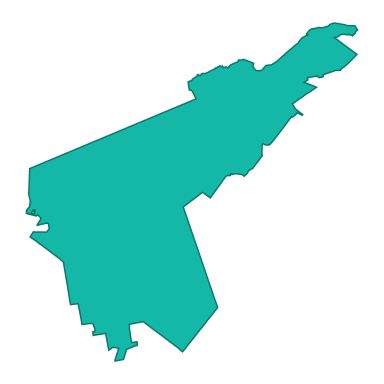 Babītes pag., Babites, Latvia (Albers equal-area conic projection)
{"feature_id": "27541924B20304817585286", "entity_name": "Babītes pag.", "entity_type": "district", "adm_level": 2, "iso_a3": "LVA", "parent_name": "Latvia", "parent_adm1": "Babites", "projection": "albers", "projection_center": [23.861, 56.895], "detail": "fine", "context": "isolated", "style": "filled", "palette": "teal", "viewbox_px": 384, "rotation_deg": 0, "n_neighbors": 0, "source": "geoboundaries", "source_scale": "gbopen_adm2", "svg_char_len": 5409}
<svg xmlns="http://www.w3.org/2000/svg" viewBox="0 0 384 384"><path d="M30.2,237.1L35.9,240.9L40.5,244.5L40.8,244.5L41.3,244.9L44.0,247.0L46.4,248.7L47.0,249.2L51.7,252.8L57.3,257.0L60.4,259.3L60.7,259.8L63.6,262.0L63.4,262.3L63.4,262.5L63.8,264.4L65.3,273.3L67.1,283.9L67.2,284.1L67.4,285.3L68.0,289.3L68.4,292.0L68.7,293.4L68.7,293.7L69.2,296.8L69.7,299.8L70.5,304.6L78.1,303.7L78.3,304.5L78.5,305.6L78.7,306.7L79.3,309.7L80.2,314.2L81.7,322.4L81.7,322.8L82.0,324.5L82.4,324.5L87.9,323.8L89.5,323.6L91.0,323.4L91.4,323.4L92.9,323.7L94.0,326.4L93.9,326.5L95.0,328.9L95.0,329.0L94.8,331.4L92.8,331.8L93.2,335.5L94.4,335.2L105.6,333.4L108.8,350.2L110.7,348.9L113.3,347.1L113.5,347.4L118.7,348.2L117.0,353.8L116.2,356.2L115.7,357.8L115.0,360.1L115.0,361.0L123.4,359.5L126.6,349.6L126.6,349.4L127.3,349.2L128.4,348.6L131.3,347.5L133.0,346.7L135.8,345.6L137.0,345.7L137.2,345.4L137.4,344.4L137.4,344.2L137.3,343.2L137.0,341.8L136.7,341.8L136.4,341.8L131.6,342.6L130.4,335.7L130.4,334.9L129.5,329.6L129.4,324.4L131.7,323.8L136.6,322.9L139.2,322.4L142.9,321.7L143.2,321.7L143.4,321.8L149.5,326.4L153.8,329.7L157.8,332.7L160.7,334.8L161.6,335.5L162.9,336.4L164.4,337.5L165.0,338.1L166.4,339.1L166.5,339.2L167.4,339.9L169.3,341.3L170.9,342.5L171.3,342.8L173.9,344.7L175.1,345.7L176.4,346.6L179.7,349.1L180.0,349.9L180.1,350.0L180.4,350.2L182.6,351.8L217.7,307.5L214.5,298.6L198.8,252.5L184.6,211.0L183.2,207.0L202.5,192.3L210.3,197.9L213.8,193.0L215.2,191.2L215.0,191.3L219.6,185.1L223.9,179.0L224.0,178.9L225.2,177.2L226.2,176.1L228.8,175.3L229.0,175.6L229.5,175.7L230.2,175.5L230.5,175.1L230.4,174.4L230.5,174.1L230.8,173.8L231.2,173.9L232.1,174.3L232.2,174.5L232.3,174.4L232.5,174.3L233.6,174.1L234.6,173.9L235.7,173.8L236.1,173.8L237.3,173.9L240.3,174.2L241.1,174.3L241.3,174.3L243.1,175.4L244.3,176.2L247.4,173.2L248.6,170.7L252.6,168.5L261.8,156.4L262.2,155.9L262.0,153.8L261.9,152.6L261.9,151.6L262.0,150.1L262.0,148.5L262.1,145.6L262.2,145.3L262.2,145.0L262.3,144.7L262.5,144.2L262.6,143.9L262.9,143.5L263.0,143.4L263.5,143.9L263.9,144.2L264.1,144.4L264.5,144.6L265.2,144.8L265.9,144.9L268.4,145.1L268.3,144.7L270.2,144.2L273.5,140.4L277.2,135.7L285.5,124.7L286.8,122.9L291.3,116.9L291.9,117.2L292.7,116.9L295.3,115.0L295.8,114.4L297.1,112.9L300.9,114.5L301.0,114.6L301.2,114.9L301.8,115.4L302.7,114.6L295.4,108.9L293.3,105.5L292.6,104.5L292.6,104.4L292.3,103.9L293.6,103.0L294.1,102.8L294.1,102.7L294.4,102.5L294.5,102.4L297.3,100.4L298.3,99.7L300.3,98.2L302.2,97.1L305.1,94.9L306.5,93.8L307.9,93.1L309.9,91.8L313.7,89.2L316.5,87.3L313.1,85.8L311.1,85.0L303.9,82.3L304.7,81.9L306.8,80.5L307.3,80.4L307.9,79.8L307.4,77.6L310.3,77.2L317.5,76.0L318.3,77.1L318.8,77.6L321.9,77.3L323.3,76.4L323.1,74.8L334.8,70.7L336.3,70.3L340.4,70.4L340.4,70.0L341.3,69.0L343.6,67.1L344.4,66.7L345.6,65.6L347.4,64.1L348.3,63.3L351.9,59.6L353.8,57.6L357.0,54.3L353.7,51.9L346.8,46.9L341.5,42.9L338.1,40.3L334.7,37.8L334.3,37.5L334.7,37.4L335.0,37.3L335.8,37.2L336.5,37.1L337.3,36.9L337.7,36.8L338.0,36.6L338.4,36.4L339.5,35.4L340.0,35.0L340.4,34.8L341.0,34.6L341.6,34.5L342.3,34.4L342.5,34.4L343.4,34.2L348.0,34.9L348.8,34.1L350.1,35.0L351.2,35.0L352.6,36.0L353.8,33.9L354.3,34.2L355.1,33.4L355.8,31.4L356.2,31.1L357.6,29.9L356.5,28.3L355.7,27.0L355.5,26.8L355.1,25.9L351.0,25.7L347.5,25.6L344.0,24.6L339.7,23.9L334.0,23.0L330.0,24.4L328.1,26.2L321.5,27.9L319.1,27.4L317.1,27.9L315.9,28.1L313.3,28.9L313.1,28.8L312.4,28.7L311.5,29.0L311.2,29.1L309.7,30.0L308.5,31.3L306.5,34.0L307.8,34.9L306.2,35.7L304.4,36.6L302.8,37.4L301.8,38.0L301.2,38.7L301.0,39.0L298.8,42.1L298.2,43.1L294.9,45.5L294.4,45.9L292.8,47.4L290.2,49.6L287.1,52.2L286.8,52.4L280.1,58.5L277.3,61.1L274.1,63.1L271.4,64.8L270.9,64.9L266.4,65.4L265.8,65.6L265.3,66.2L264.9,66.7L264.0,67.6L262.4,69.7L260.1,70.8L258.2,70.7L257.7,70.8L255.4,70.1L252.8,66.5L253.7,63.5L253.7,63.3L252.2,62.7L244.9,59.9L243.4,59.4L243.1,59.3L242.3,59.9L241.8,60.0L240.0,60.2L238.9,59.8L237.8,61.6L237.5,61.9L234.9,63.0L232.3,64.1L230.6,64.9L228.7,66.9L228.2,67.9L226.1,66.9L225.9,66.8L223.5,67.9L223.1,67.2L223.1,67.3L222.6,66.3L221.1,66.5L220.1,65.8L218.3,67.0L218.2,66.8L217.5,67.1L216.4,68.0L216.0,68.1L215.4,68.0L215.0,68.4L214.9,69.0L213.3,69.6L212.0,70.2L210.9,70.7L209.7,71.5L209.2,71.7L208.8,71.9L207.0,72.8L204.9,73.6L202.8,73.4L201.1,74.2L201.2,74.5L201.1,74.8L200.2,75.8L199.5,75.4L198.8,75.2L198.5,74.5L197.3,75.0L197.4,75.7L196.5,76.4L194.7,77.7L193.3,78.5L192.6,79.0L191.8,80.3L191.6,80.5L190.4,80.9L189.5,81.3L188.6,81.6L188.1,82.1L189.2,89.3L189.2,89.8L189.3,89.9L189.5,90.0L189.9,90.1L190.7,90.2L191.2,90.3L191.7,90.6L192.1,91.0L192.5,91.7L192.8,92.3L193.0,92.7L195.6,97.7L196.0,98.9L29.7,168.6L28.8,194.0L28.8,194.6L29.3,197.0L29.9,198.9L30.5,201.6L30.7,202.0L30.1,202.2L30.1,202.3L29.7,206.4L29.7,206.5L27.8,208.7L26.7,210.3L26.4,212.1L26.4,213.4L28.5,214.0L28.7,213.4L29.2,213.5L29.2,214.2L33.3,215.2L33.5,213.9L31.4,213.4L31.9,211.6L33.6,212.0L33.5,210.7L33.1,210.6L33.0,209.8L34.9,210.1L35.0,211.4L34.8,212.3L34.5,214.1L34.1,215.0L34.2,215.5L36.2,215.9L37.6,214.9L39.1,216.2L41.1,218.4L39.9,220.4L37.8,223.9L37.1,225.1L37.4,225.3L37.5,225.3L40.6,224.5L41.8,224.1L42.9,224.0L44.0,223.8L45.0,223.3L46.3,223.3L47.3,223.2L48.5,223.6L49.0,227.5L49.4,227.5L49.3,228.6L46.7,232.1L44.4,232.1L38.6,232.0L37.3,232.0L37.2,232.1L34.0,232.1L33.7,231.5L33.6,231.4L33.6,231.2L33.5,231.6L32.5,233.1L31.6,234.5L30.2,237.1Z" fill="#14b8a6" stroke="#0f766e" stroke-width="1.5"/></svg>